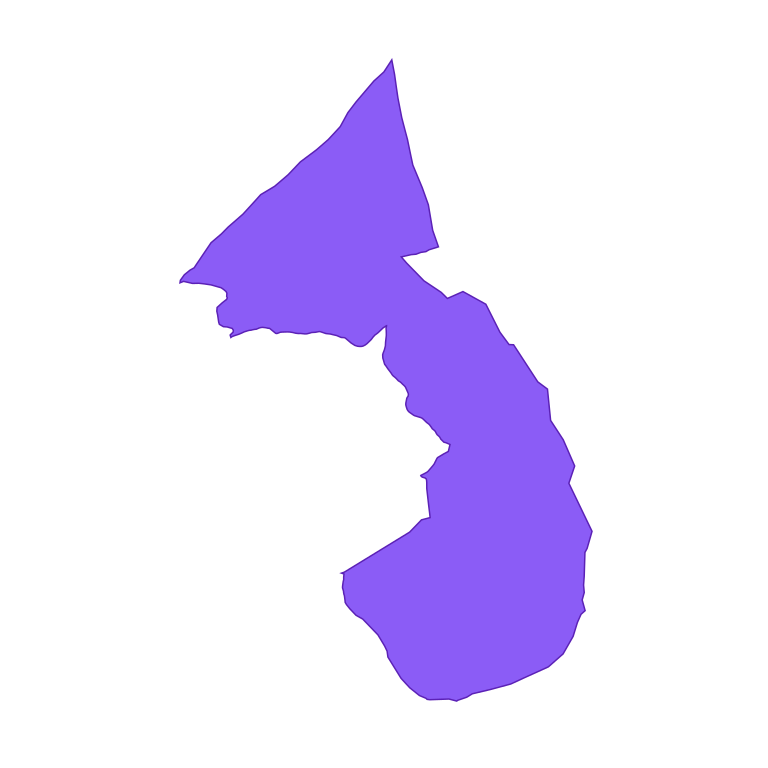 outline of Oturkpo, Benue, Nigeria, rotated 355°
{"feature_id": "59680162B20372712773645", "entity_name": "Oturkpo", "entity_type": "district", "adm_level": 2, "iso_a3": "NGA", "parent_name": "Nigeria", "parent_adm1": "Benue", "projection": "robinson", "projection_center": [8.02, 7.291], "detail": "fine", "context": "isolated", "style": "filled", "palette": "violet", "viewbox_px": 768, "rotation_deg": 355, "n_neighbors": 0, "source": "geoboundaries", "source_scale": "gbopen_adm2", "svg_char_len": 3657}
<svg xmlns="http://www.w3.org/2000/svg" viewBox="0 0 768 768"><g transform="rotate(355 384 384)"><path d="M399.4,701.9L402.2,702.5L421.3,703.5L428.8,706.2L430.0,705.5L439.2,703.2L445.0,700.3L463.4,697.6L484.2,693.9L497.5,689.1L523.1,680.1L536.8,670.0L538.8,668.6L550.4,651.9L555.9,638.4L560.2,630.6L564.6,627.3L562.6,616.4L565.3,609.2L565.3,601.7L566.7,592.9L569.5,569.3L572.0,565.5L578.4,548.9L559.5,499.0L566.8,482.3L557.7,455.2L546.8,434.8L546.4,403.3L537.4,395.3L516.5,356.2L512.0,355.6L504.0,342.5L492.4,313.4L470.7,298.8L454.6,304.3L449.0,297.7L432.8,284.7L417.0,265.4L412.3,258.9L422.4,257.5L427.2,257.5L432.2,256.1L437.3,255.8L440.6,254.2L450.2,252.1L445.9,235.2L443.8,209.3L439.2,191.7L431.8,168.4L430.7,159.6L428.7,142.5L427.3,134.5L424.9,120.3L422.8,100.3L422.1,88.3L421.5,76.5L420.0,61.8L411.1,73.1L402.3,79.8L400.4,81.2L380.8,100.5L371.7,110.5L362.9,123.7L359.0,127.3L349.7,135.7L337.0,144.9L320.1,155.4L311.8,162.7L306.7,167.2L292.3,177.5L277.7,184.6L270.4,191.4L258.3,202.5L242.5,214.0L235.1,220.3L224.0,228.2L207.3,248.8L205.0,251.7L200.6,253.7L194.6,257.8L190.2,262.9L189.6,265.4L193.3,264.3L202.0,267.1L208.3,267.5L213.7,268.6L220.4,270.2L227.7,273.0L230.1,273.9L232.4,275.8L234.7,278.1L235.4,279.9L234.9,283.2L235.4,284.4L234.7,285.9L229.8,289.1L224.4,293.2L223.8,296.9L224.3,300.8L224.7,308.0L225.2,310.2L229.0,312.9L232.7,313.5L237.6,315.4L238.6,317.2L238.2,319.2L236.4,320.6L235.0,321.8L235.5,324.3L236.8,323.5L239.7,322.7L243.7,321.8L247.1,320.7L249.2,319.9L252.8,319.1L254.5,318.8L256.2,318.8L258.0,318.5L259.9,318.3L261.5,318.3L263.1,317.8L264.6,317.3L266.4,317.0L268.0,317.0L271.0,317.6L273.2,318.3L274.8,318.6L275.2,318.9L279.3,322.9L280.4,324.0L281.1,324.3L282.2,324.3L285.2,323.4L287.1,323.4L292.4,323.7L294.6,324.0L297.5,324.7L300.4,325.7L302.8,326.2L305.3,326.4L306.9,326.7L309.6,327.2L311.5,327.3L314.6,326.8L316.4,326.4L320.2,326.5L323.0,326.2L324.1,326.1L325.3,326.4L327.4,327.3L330.6,328.7L334.8,329.5L337.1,330.3L341.1,331.6L345.4,333.9L348.7,334.4L349.8,335.2L354.7,340.2L358.3,343.0L361.0,344.1L363.2,344.5L365.0,344.6L366.4,344.4L368.7,343.5L370.6,342.3L374.9,338.8L375.6,338.1L377.2,336.3L379.4,334.3L380.0,334.0L382.1,332.7L383.3,331.8L387.9,328.1L390.8,326.5L391.6,326.2L391.6,326.4L391.0,328.2L390.9,329.3L390.9,330.6L390.7,334.0L390.5,336.1L389.2,342.5L388.7,346.2L387.4,349.9L385.8,353.2L385.2,354.8L385.1,358.1L385.7,361.0L386.1,363.2L386.4,364.5L387.4,366.0L389.3,369.4L391.9,373.5L393.0,375.6L393.9,376.8L395.3,378.1L396.5,379.4L398.6,382.1L400.0,383.1L401.0,384.0L402.5,385.8L403.8,387.2L404.9,388.6L405.4,389.8L407.3,395.4L407.4,396.4L406.9,398.4L405.9,399.4L405.4,400.4L404.1,404.9L403.9,406.7L404.2,408.6L404.8,411.2L405.3,412.3L406.2,413.7L407.5,414.9L410.7,417.6L411.6,418.2L414.8,419.5L418.0,420.8L418.8,421.3L419.6,422.0L420.6,423.1L421.8,424.5L423.1,426.0L424.0,426.8L425.0,427.7L425.8,428.6L427.2,430.9L428.2,432.8L429.7,434.2L431.0,435.7L431.7,437.5L432.5,439.1L434.3,441.0L435.0,442.0L435.8,443.9L438.6,447.2L440.6,447.9L444.5,450.0L442.2,456.8L437.7,458.7L430.9,462.0L430.1,463.0L426.9,468.2L425.5,469.7L420.2,474.9L418.9,475.7L416.4,476.8L412.7,478.3L413.0,479.2L414.0,480.1L416.7,481.2L417.7,482.1L418.0,483.4L418.0,485.8L417.5,491.9L417.9,507.9L418.2,516.6L418.3,521.1L409.5,522.6L402.5,528.7L396.6,533.8L328.0,568.0L325.2,568.7L327.6,569.8L327.0,572.8L326.8,575.3L326.1,577.4L325.1,581.8L324.9,583.5L325.6,586.8L325.6,588.6L325.8,590.3L326.1,591.3L326.3,596.3L326.3,598.2L327.4,600.5L330.4,605.0L336.0,612.0L342.3,616.3L356.1,633.4L361.8,645.1L363.8,650.4L364.1,656.4L375.4,678.8L383.2,688.9L392.1,697.4L398.5,700.8L399.4,701.9Z" fill="#8b5cf6" stroke="#5b21b6" stroke-width="1.5"/></g></svg>